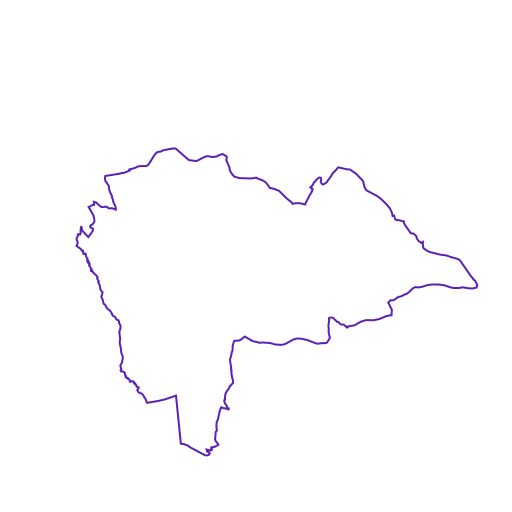 the district of Monor, Bistrita-Nasaud, Romania, rotated 59°
{"feature_id": "2599482B75795302665340", "entity_name": "Monor", "entity_type": "district", "adm_level": 2, "iso_a3": "ROU", "parent_name": "Romania", "parent_adm1": "Bistrita-Nasaud", "projection": "orthographic", "projection_center": [24.705, 46.949], "detail": "fine", "context": "isolated", "style": "outline", "palette": "violet", "viewbox_px": 512, "rotation_deg": 59, "n_neighbors": 0, "source": "geoboundaries", "source_scale": "gbopen_adm2", "svg_char_len": 6148}
<svg xmlns="http://www.w3.org/2000/svg" viewBox="0 0 512 512"><g transform="rotate(59 256 256)"><path d="M370.6,361.2L371.1,360.3L373.4,358.7L373.4,358.4L372.6,358.0L372.3,358.8L369.7,358.3L365.9,358.5L364.3,358.0L363.3,357.5L363.4,356.9L363.0,356.4L362.4,356.2L361.0,355.2L358.8,353.5L357.8,352.4L356.5,349.9L355.5,347.2L354.0,345.3L354.0,344.5L353.2,342.1L353.2,341.2L352.7,340.8L351.1,339.9L348.0,339.1L344.2,337.6L342.9,336.9L342.5,336.4L341.9,336.6L340.8,335.6L339.5,335.5L338.2,334.3L335.9,333.7L331.0,331.4L329.1,329.0L326.7,327.0L324.3,324.3L320.9,322.2L317.8,318.8L317.6,318.2L319.9,313.7L319.8,313.3L319.9,311.7L319.2,307.2L327.4,302.6L330.4,299.3L332.3,297.6L333.3,295.3L337.6,289.1L339.4,287.2L341.5,285.4L345.2,280.1L346.3,277.0L346.5,275.8L346.8,267.3L347.4,264.5L348.3,262.6L350.5,259.4L354.6,255.2L362.3,249.2L363.7,246.8L364.9,243.8L365.4,243.3L366.5,241.1L366.8,239.7L364.9,236.0L364.1,234.8L358.9,233.1L355.8,231.1L353.0,229.8L349.3,226.8L346.8,225.4L346.7,225.0L347.8,222.7L348.5,222.1L349.8,221.5L351.1,221.4L352.3,220.7L353.9,220.6L355.2,219.2L356.9,219.1L357.8,218.8L358.8,218.0L359.9,216.1L361.7,215.7L362.8,215.0L363.8,215.1L364.3,214.7L364.5,214.1L363.8,213.1L364.7,211.1L366.2,207.0L366.3,199.9L367.4,195.5L368.1,193.9L371.1,189.2L371.6,188.3L373.5,182.9L374.6,175.6L375.7,172.2L376.6,170.4L372.2,167.3L364.0,166.6L363.9,165.6L363.4,164.5L363.2,163.5L364.6,161.3L364.8,159.7L364.4,155.6L365.3,152.0L365.5,150.6L365.4,149.1L365.9,147.2L366.0,146.0L365.7,143.3L364.5,138.0L364.7,135.9L364.9,135.2L366.5,133.1L367.0,132.1L368.3,128.2L369.0,124.9L370.4,121.2L371.6,118.9L375.0,113.4L378.0,109.8L383.5,105.0L385.3,103.0L388.1,98.3L389.2,95.1L393.1,90.5L395.1,87.5L395.7,86.3L396.6,83.3L395.6,82.0L394.7,81.2L389.7,81.0L388.1,81.7L386.1,81.7L384.6,82.1L364.7,83.4L362.5,84.5L357.7,89.1L353.5,92.6L349.7,97.4L342.2,104.9L338.8,107.1L337.0,107.7L336.0,108.3L335.0,108.3L333.1,107.6L329.8,105.7L329.8,107.0L330.1,107.3L327.1,108.9L323.2,109.1L322.4,108.5L321.2,108.4L317.8,109.5L316.2,111.6L306.3,112.3L303.8,112.2L302.6,111.4L298.3,115.7L298.1,116.5L296.2,117.8L292.5,116.8L292.0,118.3L289.1,117.2L284.4,116.7L279.8,117.3L272.6,119.1L267.5,121.0L256.5,127.6L252.7,127.5L248.3,126.0L246.5,125.7L237.0,127.8L230.1,131.0L228.6,133.3L222.3,139.9L224.1,145.0L224.1,146.0L224.8,148.0L226.5,151.1L229.2,157.7L229.4,160.3L229.2,161.7L228.7,162.2L226.0,162.5L223.9,160.7L222.4,160.1L221.3,161.3L221.5,163.5L222.1,166.2L222.6,166.8L222.8,168.5L224.4,170.8L225.1,173.8L225.9,173.1L226.9,173.8L227.9,173.0L229.4,174.7L230.8,177.1L231.3,178.4L237.1,187.5L234.4,190.1L232.7,192.2L231.2,194.7L230.3,197.2L230.2,197.7L227.7,198.0L225.4,199.0L221.4,200.3L212.0,202.7L207.5,206.1L205.0,209.0L198.9,209.5L196.8,210.2L194.9,211.2L189.8,215.1L189.2,215.2L188.8,215.7L188.2,217.7L187.0,220.3L180.7,230.1L176.8,233.7L174.2,234.3L169.2,234.4L166.6,233.2L158.5,232.1L156.9,230.5L155.4,229.9L151.3,232.2L151.1,232.8L150.5,236.5L150.5,237.9L150.0,239.6L148.3,243.0L145.9,245.5L145.1,246.8L144.8,248.0L144.5,250.2L144.1,256.9L143.7,258.6L139.1,264.2L122.5,269.5L120.9,272.1L117.6,281.1L117.5,283.8L116.5,285.8L116.1,288.1L116.6,288.9L116.9,290.6L121.8,300.1L122.3,301.4L122.5,302.8L122.1,304.3L119.6,308.4L118.5,310.8L118.2,314.3L116.6,320.0L117.7,320.2L116.6,327.0L115.6,328.3L115.3,330.3L109.8,343.9L111.0,345.1L112.4,345.9L114.9,346.6L115.7,346.1L116.3,346.3L120.3,346.1L121.9,346.8L122.5,347.4L126.5,348.3L129.8,348.4L131.4,349.2L134.0,349.6L136.5,350.6L137.0,350.5L141.1,351.0L143.0,351.6L143.9,352.2L143.5,352.4L143.2,353.0L141.0,354.7L139.7,357.1L138.9,357.9L137.0,358.5L136.6,359.0L135.9,360.4L135.5,361.6L134.3,363.4L130.2,364.9L128.6,365.1L127.8,365.5L126.1,367.0L127.0,367.3L128.7,368.5L128.1,368.9L128.0,369.7L128.1,373.2L127.8,374.2L136.6,374.4L138.1,374.6L141.6,375.9L142.8,376.4L143.9,377.8L144.6,379.7L144.6,381.8L144.8,382.6L145.5,383.1L146.7,383.0L148.4,381.8L148.9,381.7L149.9,382.4L151.4,385.2L153.4,390.0L144.6,391.9L140.4,390.3L142.4,392.2L144.1,393.4L145.7,394.2L147.0,396.0L145.7,397.0L146.0,397.7L146.7,398.1L148.8,401.0L150.6,401.5L151.7,401.5L152.8,402.0L154.5,403.7L154.9,404.6L160.3,402.4L161.4,402.6L161.9,402.4L162.2,401.6L162.7,401.5L164.4,402.7L165.2,402.7L165.7,402.4L166.2,400.9L167.4,401.2L168.6,401.8L170.3,402.0L171.2,401.6L172.0,402.5L173.7,402.3L173.8,402.9L173.6,403.3L173.8,403.5L175.5,402.4L175.7,402.6L175.6,403.2L175.8,403.4L177.3,402.7L177.6,403.4L178.0,403.9L178.7,404.0L179.8,403.6L181.4,404.0L183.0,403.7L183.2,403.9L182.9,404.2L183.0,404.6L183.5,405.1L184.0,405.1L184.1,404.2L184.6,404.0L185.9,404.2L186.1,403.9L188.5,403.6L190.0,402.9L192.6,402.7L192.8,403.3L193.7,403.8L196.9,403.8L197.2,404.1L197.1,404.6L197.3,404.8L201.0,405.1L204.4,406.6L206.8,406.5L207.8,406.1L208.2,406.3L209.5,407.5L210.3,408.4L210.9,409.3L212.0,409.8L214.4,409.9L218.5,411.2L220.3,410.4L222.8,410.7L225.3,410.4L227.2,409.4L229.8,409.1L232.5,409.5L233.7,409.3L236.2,408.1L238.6,408.3L240.2,407.0L241.4,407.1L242.6,407.8L246.3,408.1L249.2,410.4L249.8,411.4L250.9,412.4L257.1,415.1L259.4,417.0L260.7,417.8L265.0,419.2L270.0,421.5L271.4,421.5L274.6,422.4L277.4,425.1L278.1,425.4L279.9,428.6L283.8,429.9L284.3,431.0L285.5,431.0L286.6,429.5L288.5,428.6L290.9,429.6L292.2,429.2L292.7,430.1L294.1,429.5L294.7,428.7L295.5,429.0L296.6,428.2L297.5,428.1L298.7,428.9L299.1,428.6L299.6,426.3L300.8,425.6L302.1,426.2L302.6,426.1L302.3,425.4L304.9,425.1L305.7,425.6L306.6,425.5L307.0,425.4L307.7,424.5L308.1,424.4L308.7,424.4L309.7,426.8L310.3,426.9L312.4,426.9L315.5,424.6L316.3,424.5L322.2,424.4L325.5,425.1L325.8,424.9L330.0,414.2L332.0,407.9L334.5,396.5L378.2,417.1L380.6,414.1L381.3,413.9L383.6,411.8L385.7,411.2L400.4,402.4L401.4,401.3L402.2,399.0L401.4,397.3L400.2,397.5L398.3,398.6L397.9,398.3L396.5,398.0L399.5,395.0L399.6,394.3L399.4,393.7L398.6,394.0L398.3,393.2L397.6,393.3L397.0,392.9L397.2,392.0L397.9,391.2L398.0,390.0L398.4,389.3L398.3,388.1L398.6,385.6L397.9,385.3L393.5,385.9L391.8,385.4L389.5,383.5L386.4,381.5L386.0,381.1L385.9,380.3L385.1,379.2L384.4,378.8L383.7,378.7L380.5,377.0L378.0,375.1L376.7,373.1L369.5,366.2L367.8,363.7L369.5,362.4L370.0,361.7L370.6,361.2Z" fill="none" stroke="#5b21b6" stroke-width="2"/></g></svg>